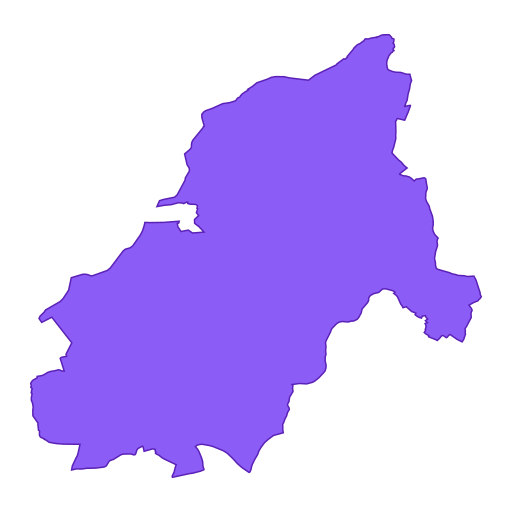 outline of Dostat, Alba, Romania
{"feature_id": "2599482B86797117327807", "entity_name": "Dostat", "entity_type": "district", "adm_level": 2, "iso_a3": "ROU", "parent_name": "Romania", "parent_adm1": "Alba", "projection": "equal_earth", "projection_center": [23.834, 45.965], "detail": "fine", "context": "isolated", "style": "filled", "palette": "violet", "viewbox_px": 512, "rotation_deg": 0, "n_neighbors": 0, "source": "geoboundaries", "source_scale": "gbopen_adm2", "svg_char_len": 5972}
<svg xmlns="http://www.w3.org/2000/svg" viewBox="0 0 512 512"><path d="M200.4,471.2L203.8,469.8L204.0,469.4L203.0,466.3L202.6,461.4L201.4,457.4L198.8,451.2L197.3,448.8L195.4,446.6L196.9,445.3L199.9,444.4L202.3,444.3L209.3,445.5L213.2,446.6L223.0,450.6L226.2,452.5L228.2,454.1L233.2,458.9L237.3,463.5L242.1,467.7L249.0,472.4L249.7,472.2L250.2,471.4L251.0,469.5L251.5,466.9L252.3,464.4L254.5,459.9L257.7,454.4L259.0,450.7L261.2,447.1L264.5,442.7L268.3,439.3L273.6,435.4L283.3,432.8L282.8,430.1L282.8,426.0L282.6,424.6L283.9,422.1L284.8,419.3L286.6,415.9L287.6,412.3L289.2,409.8L289.2,408.1L288.0,406.2L287.6,404.7L287.6,404.1L289.0,401.5L289.6,397.2L293.0,391.5L292.6,388.6L292.9,385.6L292.1,384.5L299.5,383.5L306.7,383.9L312.5,382.3L314.3,381.4L318.5,378.1L323.4,373.0L325.0,371.0L325.8,368.6L326.1,366.2L326.0,364.6L325.2,361.0L325.2,357.0L326.0,354.3L325.6,351.0L326.0,346.6L325.5,342.4L326.4,340.1L330.4,332.2L331.5,329.2L332.2,328.2L336.6,323.7L339.0,322.2L342.2,321.5L348.1,322.0L351.3,321.1L353.3,321.1L355.3,320.3L357.3,319.2L358.9,317.2L361.2,313.0L362.0,309.4L362.6,308.4L367.2,303.1L368.0,301.9L368.6,300.4L368.8,297.9L369.6,296.4L370.9,295.2L373.6,293.7L378.8,292.4L382.5,289.0L385.6,288.8L391.4,290.3L393.9,291.2L394.8,291.9L395.0,292.2L394.6,292.7L393.7,293.3L396.5,295.6L397.5,296.9L400.7,304.0L402.1,305.9L403.0,307.7L406.3,306.7L411.6,311.5L415.8,313.0L415.1,314.7L417.1,316.3L419.1,317.4L421.5,318.1L422.1,316.3L425.3,315.6L426.1,317.4L427.6,319.1L425.4,320.7L427.4,322.6L425.1,323.5L425.9,325.5L426.0,326.5L425.7,328.4L425.2,329.3L425.6,330.4L424.2,332.5L425.8,333.9L428.6,335.5L428.9,335.8L428.5,336.5L428.6,336.8L435.2,339.4L437.3,340.5L439.6,338.3L441.8,335.6L443.5,335.7L446.3,337.7L447.3,337.1L448.8,335.3L450.1,334.5L456.8,339.2L462.1,341.9L463.7,339.5L465.5,333.9L465.1,332.3L465.4,330.6L465.0,328.7L466.5,326.5L471.2,317.6L471.0,313.1L471.3,312.1L472.0,310.7L472.1,310.2L471.5,308.6L469.0,305.1L474.0,302.4L478.0,300.8L478.8,299.6L480.2,298.4L481.3,296.7L480.3,294.7L480.0,292.3L476.0,280.0L473.9,276.1L467.6,276.5L463.7,275.7L458.0,275.4L455.6,274.5L452.3,273.9L449.6,272.7L438.1,269.4L436.4,268.5L435.5,265.3L435.4,262.3L434.5,258.6L435.6,251.7L437.4,246.0L437.5,244.7L437.0,241.3L437.4,239.5L438.1,238.1L434.5,234.2L433.0,230.7L432.6,228.0L433.2,224.9L433.2,221.2L432.5,216.3L429.7,208.6L429.2,206.1L426.6,201.6L425.6,198.7L425.9,192.7L426.3,191.1L427.0,189.6L427.3,187.9L426.4,183.2L425.8,178.9L424.8,178.0L423.6,177.8L418.0,179.0L416.3,179.0L414.2,181.0L411.2,178.2L409.4,177.0L406.1,176.0L403.4,175.8L399.9,174.4L399.6,174.0L399.8,173.7L407.1,168.0L404.3,165.7L401.1,162.0L398.6,160.0L392.0,153.0L392.6,150.1L393.6,147.6L395.8,138.8L395.7,135.2L395.9,131.1L395.6,121.3L396.4,120.4L397.1,118.6L397.4,118.5L404.7,120.2L408.2,112.0L410.5,105.6L410.4,105.4L409.0,105.5L404.9,106.5L404.6,106.2L405.5,104.5L405.9,102.7L407.1,100.5L408.1,94.1L409.6,88.7L410.2,84.6L410.9,82.1L411.6,80.7L410.3,76.1L409.9,74.2L406.4,74.2L400.7,72.4L395.8,72.2L393.1,71.7L389.9,70.5L388.0,69.5L387.6,69.0L387.5,68.0L387.0,67.2L387.1,66.0L386.7,64.2L386.8,61.8L387.4,59.3L388.5,57.1L388.6,56.2L391.0,53.0L392.3,52.3L392.9,51.0L394.0,50.7L393.9,50.3L393.2,49.6L393.1,48.9L393.4,48.2L394.3,47.5L394.6,46.8L394.0,44.0L393.0,43.0L393.8,41.6L393.8,40.8L394.0,39.7L393.9,39.0L391.9,38.3L391.6,37.3L389.4,34.9L388.4,34.7L383.3,34.8L381.0,35.3L379.2,36.4L376.7,37.0L376.9,37.3L376.7,37.5L375.2,37.4L374.7,37.6L373.7,37.6L370.2,38.3L368.4,39.0L365.5,38.8L364.6,39.5L364.1,40.7L362.8,41.4L360.0,43.6L358.0,44.4L356.0,45.9L355.3,46.9L354.4,47.4L352.7,50.0L347.2,56.5L347.5,57.1L345.1,59.2L343.8,58.8L337.0,63.8L336.5,64.8L314.8,75.3L308.5,80.2L289.5,77.9L284.0,76.7L275.5,76.6L271.4,77.3L267.5,79.1L256.8,82.8L252.4,86.4L248.1,89.1L248.7,89.3L247.8,90.4L245.1,91.9L242.0,94.1L240.5,95.8L240.0,96.9L237.5,98.1L236.0,100.3L234.4,101.2L229.4,102.7L222.8,103.6L212.2,108.4L205.6,110.7L203.7,112.0L201.8,114.4L201.9,117.7L204.3,126.2L203.5,126.6L202.8,128.0L193.0,140.0L191.9,142.1L191.5,144.1L191.4,147.0L191.0,148.1L189.5,149.8L184.6,153.9L187.1,164.8L189.1,167.9L189.4,169.5L189.3,171.2L185.4,177.8L185.0,180.3L177.2,194.8L174.6,197.2L163.3,199.5L159.5,200.7L156.9,206.6L164.8,205.2L171.0,204.7L178.6,202.7L182.7,203.1L183.6,203.6L186.5,202.2L187.8,202.2L187.7,203.5L190.1,204.2L195.6,204.4L197.0,205.2L197.5,205.9L196.9,208.2L197.7,208.8L196.4,212.6L198.6,215.6L194.5,219.5L194.6,223.3L199.1,226.8L204.0,232.1L192.5,233.0L188.3,230.1L181.0,231.5L177.8,226.6L177.3,223.2L178.7,223.1L179.2,221.2L163.7,222.4L150.0,222.6L144.9,222.4L144.3,225.2L142.5,230.9L140.4,234.9L132.8,245.8L130.2,247.8L125.3,249.2L123.1,251.0L110.3,268.0L107.2,270.5L92.9,275.6L91.2,275.9L87.6,274.6L85.2,274.2L82.6,274.3L71.3,277.7L68.6,290.2L63.1,298.6L60.2,301.5L45.5,310.0L44.2,312.1L40.1,316.1L39.0,318.5L41.7,322.4L51.8,317.2L71.8,342.8L66.0,354.2L66.6,356.3L61.4,357.3L60.2,358.3L64.2,371.1L61.5,370.9L59.6,369.9L58.2,369.8L54.6,370.8L51.1,371.3L47.9,372.3L43.6,374.9L41.8,375.6L37.1,376.4L37.1,377.9L33.2,380.0L32.2,380.9L30.7,383.3L31.4,386.1L30.9,386.7L30.8,387.4L32.2,388.6L31.5,390.8L31.6,391.6L31.2,392.3L31.3,393.1L32.1,393.4L31.3,398.0L31.4,400.5L32.4,402.7L33.2,407.1L32.8,410.0L32.9,415.8L38.0,423.1L37.9,424.5L38.5,430.3L39.3,430.8L39.6,431.4L39.4,433.6L39.5,435.4L40.1,436.6L40.9,437.4L44.2,438.8L44.2,439.4L45.4,439.7L49.1,442.3L56.5,443.6L63.4,444.1L80.0,444.3L78.0,453.4L77.1,456.2L76.3,457.4L72.3,466.0L71.6,470.0L76.4,468.9L81.8,469.0L86.5,468.3L95.5,468.1L103.8,467.1L105.6,466.4L106.4,465.7L109.0,461.5L109.9,460.6L113.5,459.4L121.0,454.7L123.3,454.1L127.3,454.0L131.1,454.0L133.7,454.9L135.0,454.7L135.6,454.0L136.9,450.0L137.9,448.7L138.5,448.2L142.3,446.3L142.8,446.4L143.1,446.8L144.1,451.3L152.5,448.9L155.1,449.3L155.4,449.7L155.1,451.0L156.0,452.2L155.4,453.1L155.9,453.7L159.3,455.5L161.8,457.6L163.8,458.8L176.2,464.7L175.5,466.5L174.1,472.1L172.3,475.9L172.2,477.0L172.5,477.3L189.1,473.7L193.1,473.1L200.4,471.2Z" fill="#8b5cf6" stroke="#5b21b6" stroke-width="1.5"/></svg>